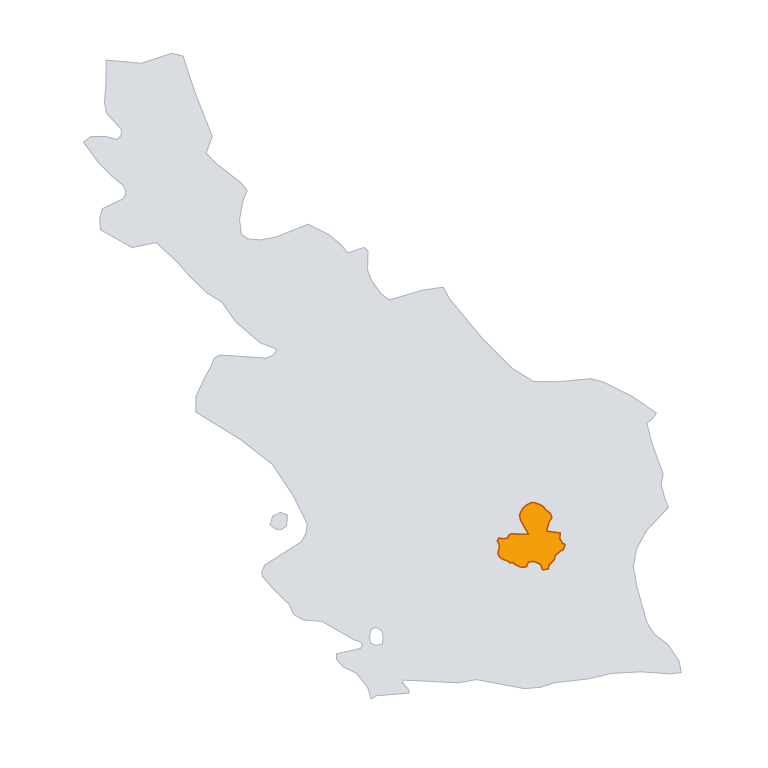 Aragats, Aragatsotn, Armenia shown in context, rotated 184°
{"feature_id": "60910142B99974391467530", "entity_name": "Aragats", "entity_type": "district", "adm_level": 2, "iso_a3": "ARM", "parent_name": "Armenia", "parent_adm1": "Aragatsotn", "projection": "albers", "projection_center": [44.244, 40.628], "detail": "fine", "context": "in_parent", "style": "filled", "palette": "amber", "viewbox_px": 768, "rotation_deg": 184, "n_neighbors": 0, "source": "geoboundaries", "source_scale": "gbopen_adm2", "svg_char_len": 2925}
<svg xmlns="http://www.w3.org/2000/svg" viewBox="0 0 768 768"><g transform="rotate(184 384 384)"><path d="M331.6,484.7L324.6,473.5L289.5,436.7L257.2,408.5L235.0,396.9L212.7,398.1L178.1,403.7L165.4,401.3L135.4,388.8L110.3,374.0L113.8,367.9L119.1,363.5L112.9,344.4L99.2,313.6L100.7,304.0L96.4,290.7L91.7,280.7L111.4,256.8L120.5,237.6L122.5,218.8L117.5,199.2L104.9,163.9L97.0,153.5L82.5,143.8L70.3,128.1L67.3,116.9L77.7,114.8L107.9,114.8L137.1,111.1L160.0,104.0L193.1,97.9L206.8,92.4L222.7,89.9L271.1,95.6L289.2,91.1L343.6,90.0L345.0,87.7L337.6,80.3L337.6,77.4L370.0,72.5L374.9,68.9L379.3,80.7L391.6,93.7L404.9,98.9L412.2,106.1L412.5,111.6L389.0,118.5L387.5,121.9L389.1,125.1L396.1,126.7L429.3,142.9L448.2,143.0L458.2,147.9L463.3,157.7L479.2,170.9L492.0,183.7L492.8,188.2L490.5,194.9L455.6,220.8L451.3,229.7L450.8,239.0L466.8,266.4L490.1,296.3L523.6,318.8L569.8,342.9L570.7,358.3L563.8,376.8L557.8,389.4L555.1,397.9L549.6,401.5L503.9,401.5L497.1,404.6L494.1,408.3L493.9,411.3L510.5,416.6L536.4,435.8L551.6,454.6L567.2,462.6L584.8,477.5L598.9,491.3L620.9,509.2L644.9,502.6L677.6,518.1L679.2,529.2L677.4,539.1L657.4,550.4L655.0,554.9L655.1,558.6L657.9,563.9L670.0,572.4L684.4,585.1L700.7,604.3L693.8,610.3L679.1,611.5L667.5,609.4L663.5,613.5L663.9,619.9L679.3,634.4L682.5,645.1L682.3,664.0L683.7,687.7L648.5,687.0L618.7,699.1L607.3,697.1L599.3,677.1L592.5,660.8L572.6,619.2L577.5,601.9L566.6,592.1L540.7,574.7L534.0,567.4L537.5,557.2L539.6,538.6L536.9,523.6L530.0,519.2L517.3,519.1L501.9,523.1L471.0,538.1L449.3,529.1L436.7,519.9L429.4,512.2L413.4,518.8L409.3,515.7L408.3,496.4L403.4,486.0L393.5,474.0L384.5,468.2L351.5,480.5L331.6,484.7ZM379.9,137.9L380.9,130.9L379.3,124.6L374.0,122.7L367.5,124.4L367.1,131.3L369.1,138.0L375.7,140.9L379.9,137.9ZM485.9,244.3L478.4,248.7L471.3,246.8L471.2,236.0L476.2,231.6L482.1,231.8L487.8,235.6L485.9,244.3Z" fill="#d9dde1" stroke="#a8b0b8" stroke-width="1"/><path d="M207.1,211.0L207.2,212.9L206.2,215.5L204.9,217.0L203.0,219.2L201.9,220.5L201.2,224.6L199.9,226.2L196.0,229.9L194.2,230.8L193.6,231.1L192.1,236.4L193.4,237.2L195.0,237.4L195.6,238.8L196.7,240.4L197.9,242.0L197.7,246.3L197.9,247.7L211.0,248.6L211.2,250.6L209.6,258.3L207.5,261.6L207.3,262.7L209.1,266.7L212.2,268.8L213.7,269.6L214.1,269.9L214.4,270.2L216.5,272.8L220.6,274.8L226.0,276.2L228.5,276.1L233.3,273.3L236.7,269.8L238.3,266.6L239.7,262.5L238.3,257.8L234.5,251.7L232.6,249.0L231.0,246.8L229.6,244.3L231.1,244.1L235.7,243.8L241.7,243.6L246.1,243.5L248.8,242.2L250.0,239.2L253.2,238.0L255.9,238.1L258.7,238.4L259.0,237.2L260.1,235.6L258.2,232.3L257.6,229.7L257.8,227.5L258.3,225.6L258.3,224.7L258.5,222.8L257.3,220.3L255.8,218.8L252.5,217.2L248.3,216.1L245.8,214.3L245.6,214.1L244.1,214.9L242.7,214.8L241.1,213.3L235.9,211.1L232.5,210.7L228.8,211.9L228.5,214.1L227.2,216.4L222.9,217.4L220.2,216.9L215.6,215.0L214.4,213.4L213.5,210.7L212.2,209.7L207.1,211.0Z" fill="#f59e0b" stroke="#b45309" stroke-width="1.5"/></g></svg>